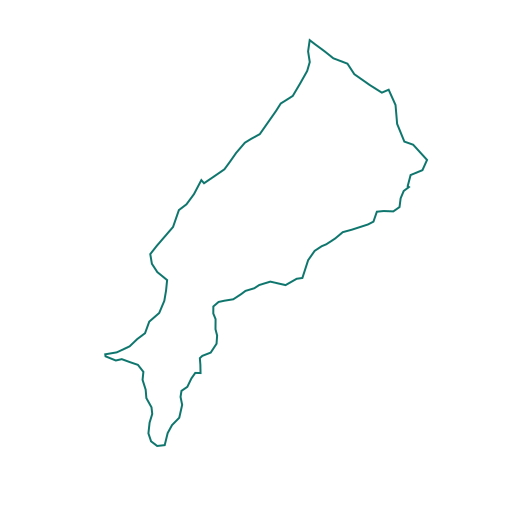 Limnatis, Limassol, Cyprus, rotated 35°
{"feature_id": "46923920B10034755231280", "entity_name": "Limnatis", "entity_type": "district", "adm_level": 2, "iso_a3": "CYP", "parent_name": "Cyprus", "parent_adm1": "Limassol", "projection": "robinson", "projection_center": [32.947, 34.792], "detail": "fine", "context": "isolated", "style": "outline", "palette": "teal", "viewbox_px": 512, "rotation_deg": 35, "n_neighbors": 0, "source": "geoboundaries", "source_scale": "gbopen_adm2", "svg_char_len": 1561}
<svg xmlns="http://www.w3.org/2000/svg" viewBox="0 0 512 512"><g transform="rotate(35 256 256)"><path d="M176.2,48.4L181.3,58.5L188.8,66.3L191.8,75.1L193.2,89.4L194.3,103.8L188.8,116.9L189.2,125.6L189.2,141.2L189.2,154.0L184.8,162.9L181.9,169.6L180.6,182.9L180.6,193.8L180.4,203.1L176.9,212.5L171.7,226.2L167.7,225.2L169.7,240.9L169.4,253.6L166.5,262.6L171.4,279.8L168.9,304.5L168.3,315.1L175.2,322.1L184.4,325.8L197.0,326.7L202.2,336.0L206.6,345.3L209.4,358.2L206.2,371.0L209.4,382.9L206.4,392.0L204.3,402.5L197.2,414.8L188.9,423.0L190.3,424.5L201.1,422.0L205.2,417.5L213.8,415.2L221.7,412.9L230.2,415.5L234.1,422.5L242.3,428.8L247.7,435.3L257.2,439.9L261.6,444.9L264.4,453.5L269.6,463.0L276.1,467.8L276.3,468.0L284.0,468.3L289.7,463.3L285.2,451.7L284.2,442.6L285.9,432.5L280.9,420.3L275.0,414.7L272.3,409.2L274.5,403.4L274.8,402.6L273.3,393.3L273.3,386.6L277.7,383.7L272.8,377.0L268.6,371.9L269.3,368.6L274.3,361.1L274.0,350.5L269.8,343.5L264.8,339.2L259.1,330.9L254.0,327.6L250.0,321.8L251.7,315.1L255.9,310.6L262.2,304.5L265.8,295.5L267.4,290.6L273.1,283.4L275.3,277.9L282.4,268.8L296.9,262.9L302.4,251.3L306.6,247.4L301.1,229.5L301.1,218.1L304.2,210.3L306.8,206.2L310.8,196.3L313.4,186.7L319.4,179.5L329.6,166.0L332.5,160.5L329.6,150.4L334.7,146.0L342.9,140.7L345.5,133.6L341.4,125.8L339.7,118.0L341.7,111.8L340.2,111.8L336.2,101.0L343.1,90.2L341.0,79.2L320.9,74.7L311.9,77.2L295.8,66.8L283.7,52.3L269.3,43.7L265.4,50.0L251.4,50.7L232.3,50.7L220.6,46.0L205.9,49.7L194.9,49.0L182.8,48.7L176.2,48.4Z" fill="none" stroke="#0f766e" stroke-width="2"/></g></svg>